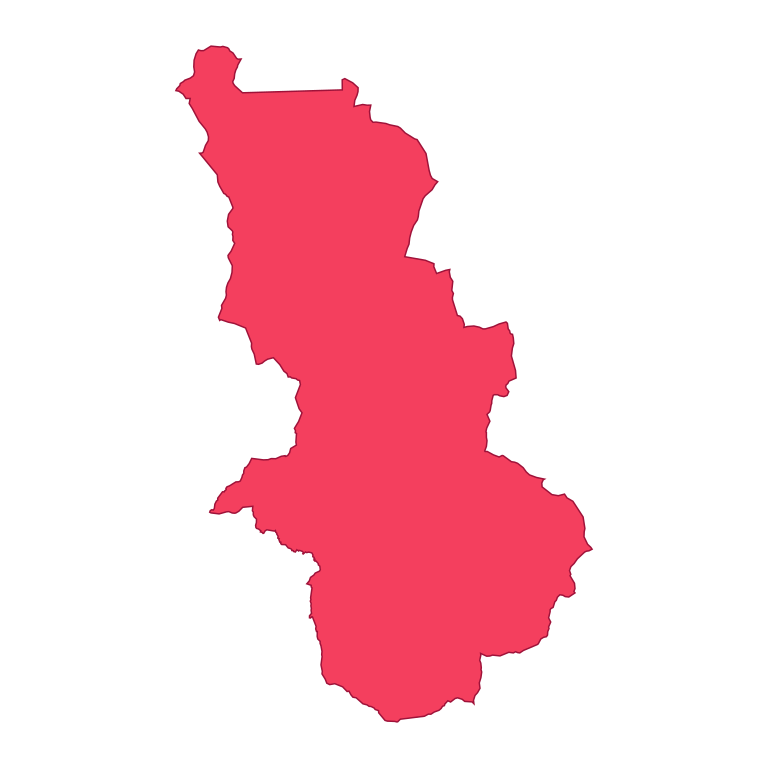 Sekyere South, Ashanti, Ghana
{"feature_id": "2480657B66267254954762", "entity_name": "Sekyere South", "entity_type": "district", "adm_level": 2, "iso_a3": "GHA", "parent_name": "Ghana", "parent_adm1": "Ashanti", "projection": "robinson", "projection_center": [-1.514, 6.995], "detail": "fine", "context": "isolated", "style": "filled", "palette": "rose", "viewbox_px": 768, "rotation_deg": 0, "n_neighbors": 0, "source": "geoboundaries", "source_scale": "gbopen_adm2", "svg_char_len": 6087}
<svg xmlns="http://www.w3.org/2000/svg" viewBox="0 0 768 768"><path d="M356.2,697.8L362.9,703.8L367.1,704.9L369.0,706.3L371.1,706.5L374.1,708.0L375.2,709.5L378.5,710.6L378.7,712.8L385.0,720.4L387.3,721.1L394.7,721.4L396.7,721.9L397.7,721.8L400.3,719.2L424.5,716.2L428.4,714.1L430.9,714.2L434.3,712.0L439.0,710.3L441.2,708.4L442.5,706.3L444.4,705.6L444.8,704.1L447.8,700.8L450.6,702.0L455.1,698.5L457.6,697.8L462.2,699.3L464.7,701.4L472.1,701.9L473.9,703.7L473.5,700.3L475.0,695.5L477.5,692.7L480.0,688.3L479.3,682.9L480.9,677.6L481.7,672.0L481.0,669.4L481.3,667.9L480.8,663.1L479.7,660.3L480.8,655.3L480.6,653.4L486.7,656.2L489.9,656.0L492.5,655.1L500.0,655.9L508.8,652.3L513.4,652.9L515.6,651.7L517.6,652.6L519.8,652.9L523.5,650.4L537.2,644.6L538.2,643.9L540.8,639.0L543.6,637.3L546.4,636.7L547.5,635.1L547.7,631.7L549.0,628.5L548.6,627.0L550.7,622.0L548.6,617.9L550.1,611.7L550.1,609.8L550.9,608.6L553.1,607.4L554.8,601.9L556.3,600.3L557.4,597.2L559.8,594.8L562.8,595.2L565.2,596.6L568.8,597.0L575.0,592.9L573.9,591.5L575.0,588.6L574.5,583.3L570.0,575.7L570.8,574.3L569.5,570.6L570.9,566.6L574.1,563.5L577.4,558.8L584.6,552.1L586.4,551.2L589.0,550.8L592.1,549.2L590.7,547.2L587.6,544.3L584.0,536.8L584.2,531.8L584.9,528.5L583.1,517.0L572.9,501.3L567.0,497.9L564.5,494.1L558.3,495.7L551.9,494.6L542.1,486.9L541.8,483.0L543.2,479.8L544.4,479.1L536.6,477.5L529.5,474.9L526.3,472.0L523.2,467.7L517.6,463.3L514.7,462.2L511.4,461.7L503.2,455.7L502.1,455.5L499.1,457.0L493.5,454.9L487.3,451.5L485.1,451.5L484.7,451.0L486.4,446.4L487.0,440.7L486.4,437.4L486.4,432.3L485.9,431.9L486.7,428.1L489.9,421.2L487.0,414.4L489.6,411.9L490.2,410.4L491.1,405.0L491.7,403.5L491.8,400.6L493.2,395.3L494.3,394.7L497.6,394.7L499.8,395.8L503.9,396.6L507.1,395.4L508.8,391.7L506.1,388.1L505.7,386.7L506.1,385.0L507.8,383.5L509.0,381.1L516.1,378.0L515.5,370.4L511.4,356.0L512.4,348.0L513.8,343.6L513.3,337.9L512.5,334.3L511.3,334.2L510.0,332.9L509.7,330.9L508.2,328.9L507.4,323.3L506.0,322.0L499.0,324.0L493.4,326.6L485.3,328.9L482.9,328.9L479.4,327.2L473.9,326.0L467.4,326.5L463.9,327.4L464.3,324.4L462.4,318.7L460.1,316.2L457.4,315.5L452.5,299.8L452.4,297.5L453.4,293.5L451.8,290.4L452.8,281.3L450.3,277.3L449.3,271.8L449.8,269.5L445.7,270.3L436.6,273.5L433.8,266.7L434.0,263.8L425.4,260.3L404.7,256.7L407.2,248.4L409.0,244.2L409.7,237.9L411.2,232.0L413.7,225.4L417.4,219.9L418.3,216.5L418.9,210.9L423.1,198.7L425.2,195.8L432.1,189.7L435.0,184.8L437.7,181.7L432.2,178.5L430.5,175.4L429.1,170.3L426.0,153.5L417.1,139.6L414.7,138.9L405.2,133.0L400.4,128.1L397.8,126.5L389.6,124.8L385.9,123.5L376.0,122.1L373.0,122.3L370.7,119.8L370.1,117.2L369.5,111.5L370.8,105.1L367.2,105.2L362.7,104.5L354.0,106.5L354.8,100.3L357.0,95.3L358.0,91.6L358.1,87.7L352.7,82.8L344.8,78.6L342.2,79.8L342.3,89.9L242.5,92.8L234.7,85.7L233.2,83.4L232.7,81.7L234.2,78.4L234.7,73.7L235.8,70.0L237.4,67.0L237.7,65.2L241.1,59.0L238.1,59.2L236.6,58.4L233.0,53.0L229.8,50.9L228.7,48.7L227.5,47.7L222.9,46.4L220.3,47.0L211.0,46.1L203.7,50.6L201.0,50.7L198.4,50.0L196.1,53.7L194.1,60.2L193.8,66.8L194.6,72.0L193.5,75.7L190.3,78.1L184.8,80.2L183.4,81.6L180.3,83.5L179.8,85.6L176.7,88.8L175.9,90.6L178.8,91.2L183.2,94.2L186.0,98.5L190.2,98.5L189.2,103.5L192.4,108.6L199.1,121.3L205.3,128.9L207.2,132.3L208.5,136.9L208.3,140.6L205.5,145.4L203.2,152.2L201.7,153.1L199.6,153.2L217.3,174.8L217.9,182.0L219.7,186.2L223.8,193.4L225.6,194.3L227.1,196.3L228.8,197.0L232.9,207.3L232.8,208.5L228.6,214.3L227.3,221.1L228.1,226.8L232.3,230.8L232.8,232.0L232.4,234.4L233.0,236.6L232.8,240.4L234.7,243.3L231.1,251.2L228.0,255.4L228.3,257.8L232.3,265.7L232.0,272.4L230.4,278.6L227.9,283.0L226.5,287.2L226.0,291.6L226.4,295.1L225.6,298.3L221.5,305.4L221.9,308.4L218.4,317.2L219.7,320.4L220.8,319.6L228.1,322.1L234.5,323.5L245.6,328.0L251.6,343.1L251.4,346.6L251.9,349.1L254.2,354.0L256.3,364.0L258.6,364.3L262.1,363.1L264.6,361.0L267.6,359.2L273.4,357.7L279.8,364.6L283.9,371.2L287.0,373.6L288.2,377.0L290.4,376.9L291.6,377.9L296.1,378.7L297.6,380.0L299.6,380.5L300.4,384.6L295.4,397.7L299.1,408.7L302.0,412.8L298.6,421.5L294.4,428.4L295.5,430.7L295.2,432.7L296.5,433.5L295.9,442.1L296.4,445.1L290.7,448.5L289.6,452.8L287.8,455.4L286.0,456.4L285.3,456.4L285.1,455.7L281.2,456.3L275.8,458.7L271.2,458.6L268.1,459.7L263.5,459.9L251.7,458.4L249.1,463.7L246.5,467.1L244.9,467.7L243.8,470.9L243.7,473.4L242.5,475.0L241.9,477.5L240.3,481.0L238.6,481.8L235.9,481.9L229.4,485.9L227.0,486.8L225.9,488.4L226.2,489.6L224.6,491.0L224.3,491.8L222.5,491.8L217.7,498.2L217.8,500.0L216.4,501.1L214.9,504.1L214.3,508.6L213.2,510.1L211.8,509.7L210.3,510.6L209.7,512.2L211.0,512.9L219.1,513.9L226.6,511.8L228.9,511.6L232.2,513.0L234.5,513.2L235.8,513.0L238.9,511.2L242.7,507.3L252.8,506.3L252.4,510.8L253.3,512.0L253.3,514.9L254.1,516.7L256.5,519.1L256.4,522.6L255.6,525.3L255.9,527.5L256.6,528.4L258.5,529.0L260.8,530.8L260.4,531.9L262.1,532.4L263.0,533.4L263.7,533.3L265.1,530.9L266.8,529.8L274.5,531.1L275.4,530.5L275.8,532.3L276.8,533.2L276.8,534.2L278.1,536.2L277.8,538.1L279.1,538.7L278.8,539.2L279.8,542.1L280.8,542.2L280.8,543.7L281.7,544.5L285.6,544.7L288.2,547.9L290.7,548.7L291.8,549.7L291.8,550.5L293.4,550.7L293.6,551.5L295.4,552.0L296.8,549.9L297.1,550.3L297.9,550.2L298.5,551.0L299.6,550.4L302.4,551.4L303.4,552.6L302.8,553.7L303.2,554.0L305.5,552.0L306.7,552.6L308.8,552.1L311.8,552.9L312.9,554.8L312.8,556.7L314.1,557.4L314.0,558.9L314.9,559.2L314.8,560.2L314.2,560.3L314.9,561.1L316.1,561.1L318.3,563.6L318.3,564.8L319.8,566.1L320.3,569.7L319.5,571.1L315.2,573.1L313.8,575.1L310.5,577.4L309.3,580.9L306.8,583.8L311.2,585.3L311.2,586.9L312.0,587.9L310.6,597.9L310.9,599.7L310.3,601.1L311.2,603.7L310.9,605.8L311.4,608.5L311.1,610.1L311.5,613.4L309.5,615.8L309.5,617.8L310.5,618.0L311.9,616.7L312.5,617.0L316.1,626.4L315.7,628.9L316.5,631.5L317.3,631.5L317.2,636.5L317.8,639.0L320.1,641.3L320.1,643.4L321.0,645.8L322.0,651.4L321.7,654.7L322.1,656.5L321.0,664.9L322.3,671.3L322.0,673.9L325.2,679.1L326.8,683.2L329.7,684.6L334.8,683.7L342.6,686.8L347.1,691.5L349.0,691.2L351.0,694.9L352.9,697.2L356.2,697.8Z" fill="#f43f5e" stroke="#9f1239" stroke-width="1.5"/></svg>